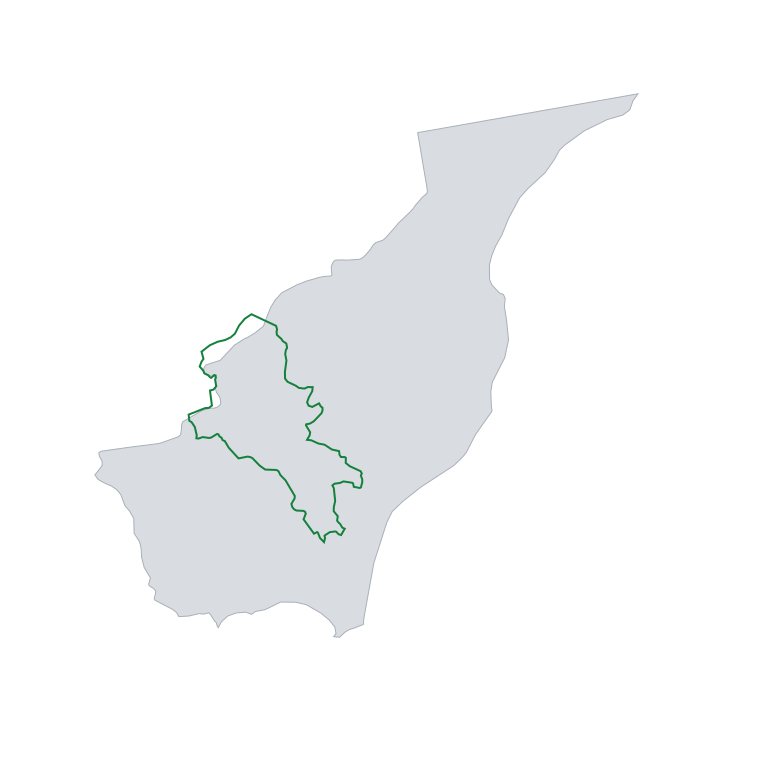 Morocco, with Meknès - Tafilalet highlighted, rotated 170°
{"feature_id": "MAR-1452", "entity_name": "Meknès - Tafilalet", "entity_type": "Region", "adm_level": 1, "iso_a3": "MAR", "parent_name": "Morocco", "parent_adm1": "", "projection": "robinson", "projection_center": [-5.04, 32.255], "detail": "medium", "context": "in_parent", "style": "outline", "palette": "green", "viewbox_px": 768, "rotation_deg": 170, "n_neighbors": 0, "source": "natural_earth", "source_scale": "10m", "svg_char_len": 4328}
<svg xmlns="http://www.w3.org/2000/svg" viewBox="0 0 768 768"><g transform="rotate(170 384 384)"><path d="M89.7,619.6L94.4,611.2L102.2,607.4L118.5,605.6L142.7,598.6L164.4,588.0L170.6,583.8L177.3,575.4L188.3,564.4L208.7,551.2L218.1,543.8L232.6,525.4L242.2,510.1L250.2,500.3L255.7,491.6L259.6,482.7L261.9,468.5L260.6,462.9L254.7,453.8L250.8,451.4L249.8,447.1L252.0,439.6L252.2,426.5L253.7,405.8L260.5,389.0L277.0,367.1L280.1,358.0L282.1,343.7L282.3,338.6L302.7,318.3L314.6,302.6L318.8,298.8L329.2,291.7L365.6,276.1L386.1,265.0L398.1,256.9L405.2,247.3L425.0,209.7L444.5,156.9L446.1,150.8L454.7,149.0L460.8,148.2L465.7,146.3L471.7,142.3L477.5,143.9L474.6,146.6L474.6,153.1L478.7,160.7L485.9,169.3L498.9,180.2L509.1,184.5L523.6,187.2L540.5,182.4L550.0,182.3L554.6,180.2L559.6,183.3L569.2,184.2L578.3,182.6L585.3,178.1L589.6,172.8L590.4,175.4L590.6,178.2L591.9,179.8L594.7,186.5L596.2,189.1L601.5,188.7L606.1,190.0L616.5,189.4L626.4,190.5L627.9,194.8L630.8,198.3L641.1,206.2L647.3,211.1L647.5,212.8L645.6,216.8L644.7,219.6L646.4,222.5L650.2,226.1L650.5,227.8L649.6,229.7L647.7,233.6L652.0,244.8L652.8,255.7L651.8,263.4L651.8,267.9L652.4,271.7L656.0,280.4L653.8,295.0L656.6,302.9L660.3,309.3L662.4,320.8L665.4,326.2L670.3,331.0L673.0,332.6L678.4,336.5L682.2,339.8L684.5,344.7L679.8,348.8L676.0,352.4L675.0,356.2L676.8,362.5L676.9,365.8L674.5,366.9L664.5,366.6L656.7,366.3L647.8,366.0L635.2,365.4L627.4,365.0L616.7,364.5L613.0,364.8L603.2,366.5L596.3,367.7L595.1,368.1L593.0,369.6L591.5,374.2L590.2,379.5L588.8,381.8L568.0,389.4L559.9,390.4L555.1,389.7L551.8,390.3L548.9,391.9L547.9,394.4L547.8,397.5L548.4,400.6L550.5,405.0L550.8,409.4L549.6,412.5L549.3,415.7L548.7,419.0L549.8,420.9L551.8,421.2L553.8,422.7L556.7,424.1L559.0,426.8L558.9,430.6L557.0,432.7L555.2,433.9L547.4,434.9L541.2,435.7L533.2,441.8L524.6,448.2L514.4,452.5L509.9,453.7L502.0,456.8L492.6,461.9L488.0,470.0L482.1,479.4L476.5,485.7L468.8,491.6L461.6,493.9L452.6,496.8L441.2,499.0L433.1,499.7L430.8,500.2L423.7,500.3L420.2,499.9L417.6,499.6L416.5,500.3L416.2,501.8L416.0,505.2L415.5,509.0L413.3,512.3L411.7,513.8L409.8,514.4L403.9,513.5L398.9,512.4L387.0,511.1L384.6,511.4L383.8,511.8L380.0,514.0L374.3,518.7L370.4,522.8L367.5,524.7L360.6,525.7L357.6,527.2L344.7,537.4L341.9,539.9L328.6,548.8L324.8,551.7L321.9,554.7L313.9,561.2L308.8,564.1L307.9,565.8L307.6,569.8L307.5,578.7L307.5,587.2L307.4,599.6L307.3,612.0L307.2,625.7L83.5,625.7L89.7,619.6Z" fill="#d9dde1" stroke="#a8b0b8" stroke-width="1"/><path d="M581.7,387.8L564.5,391.3L560.5,390.9L557.2,392.7L556.5,407.8L552.9,408.1L549.6,410.9L549.6,417.7L548.5,419.5L548.4,421.7L549.8,422.3L552.9,420.1L553.7,420.3L555.8,423.3L559.0,425.6L559.8,428.8L562.5,433.2L559.8,437.7L557.4,440.1L558.1,447.5L548.8,452.4L540.5,454.5L532.9,454.9L527.0,456.5L522.1,459.4L516.6,466.7L509.7,472.5L502.4,475.7L480.2,460.0L479.8,456.4L480.8,453.9L480.9,450.9L477.2,446.2L476.4,444.0L473.2,440.9L473.1,438.1L473.3,436.1L474.6,434.8L476.1,430.7L476.0,424.1L479.5,413.0L480.5,406.5L478.6,402.9L471.0,397.5L468.6,395.0L463.2,393.3L459.5,394.2L454.8,393.3L455.9,389.4L460.4,383.8L462.9,379.4L462.0,375.7L458.6,373.9L451.3,376.2L450.2,373.0L448.7,371.3L449.1,368.7L450.6,366.1L459.6,359.5L463.7,357.9L467.6,357.8L468.0,356.8L465.1,349.3L466.1,346.4L469.5,342.4L465.4,341.2L459.0,336.8L453.0,334.5L446.8,328.6L439.9,325.7L440.1,322.0L439.1,319.6L435.2,318.8L434.4,317.9L435.4,312.9L432.0,309.0L422.2,302.2L421.4,299.7L422.7,297.9L422.0,294.0L422.4,291.2L424.7,286.2L425.9,285.8L431.6,288.0L431.7,291.4L432.3,292.2L440.8,295.1L444.5,294.2L450.1,294.4L452.4,293.1L451.5,290.1L452.4,277.3L454.8,271.5L455.6,267.5L452.5,261.8L453.9,257.7L453.3,256.2L451.3,253.4L450.1,249.9L447.8,248.3L452.5,242.7L454.8,243.9L456.7,246.8L457.9,247.3L463.1,247.5L468.1,245.4L469.0,244.7L468.8,242.6L470.5,238.7L473.8,243.5L474.9,249.1L475.7,249.8L478.9,248.7L486.7,264.7L483.6,269.8L483.8,271.6L485.2,273.0L492.2,274.6L494.3,276.2L495.7,278.8L496.0,282.0L492.0,286.7L491.3,289.2L497.7,306.2L501.8,312.2L503.1,316.5L504.8,318.0L515.9,320.4L520.6,325.2L526.5,333.9L528.5,335.3L531.0,336.2L540.2,336.0L547.9,348.1L550.7,355.5L552.7,356.7L553.3,359.2L555.2,361.1L555.8,363.2L557.1,363.8L563.4,361.3L565.5,361.2L571.7,363.2L576.2,362.5L578.2,363.1L577.3,366.0L577.8,374.6L580.2,380.0L582.1,381.5L581.7,387.8Z" fill="none" stroke="#15803d" stroke-width="2"/></g></svg>